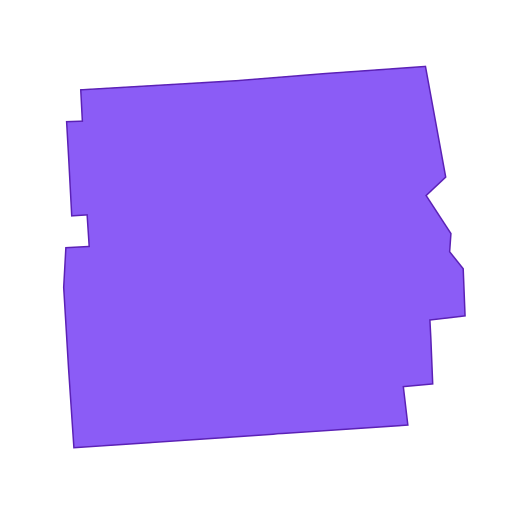 the district of Franklin, Ohio, United States of America, rotated 173°
{"feature_id": "52423323B46586650957438", "entity_name": "Franklin", "entity_type": "district", "adm_level": 2, "iso_a3": "USA", "parent_name": "United States of America", "parent_adm1": "Ohio", "projection": "orthographic", "projection_center": [-83.012, 39.969], "detail": "fine", "context": "isolated", "style": "filled", "palette": "violet", "viewbox_px": 512, "rotation_deg": 173, "n_neighbors": 0, "source": "geoboundaries", "source_scale": "gbopen_adm2", "svg_char_len": 515}
<svg xmlns="http://www.w3.org/2000/svg" viewBox="0 0 512 512"><g transform="rotate(173 256 256)"><path d="M443.7,287.4L450.7,248.3L455.7,168.1L460.1,87.9L288.6,78.5L260.8,77.0L255.8,77.0L251.2,76.6L125.9,69.7L125.7,108.4L96.2,107.5L92.5,152.9L91.2,171.3L55.8,171.1L51.9,218.1L63.3,236.6L59.8,254.5L79.8,295.3L58.1,311.2L64.7,423.5L166.1,428.7L254.4,432.4L409.7,442.3L411.9,411.0L427.6,412.4L430.2,373.0L434.0,318.3L418.6,317.4L420.4,285.8L443.7,287.4Z" fill="#8b5cf6" stroke="#5b21b6" stroke-width="1.5"/></g></svg>